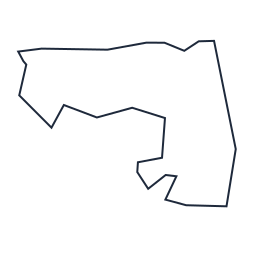 the border of Atua, rotated 175°
{"feature_id": "WSM-4987", "entity_name": "Atua", "entity_type": "state/province", "adm_level": 1, "iso_a3": "WSM", "parent_name": "Samoa", "parent_adm1": "", "projection": "mercator", "projection_center": [-171.556, -13.962], "detail": "fine", "context": "isolated", "style": "outline", "palette": "slate", "viewbox_px": 256, "rotation_deg": 175, "n_neighbors": 0, "source": "natural_earth", "source_scale": "10m", "svg_char_len": 467}
<svg xmlns="http://www.w3.org/2000/svg" viewBox="0 0 256 256"><g transform="rotate(175 128 128)"><path d="M113.2,65.7L122.6,83.3L121.1,93.0L96.7,95.4L90.3,134.7L122.1,147.8L158.1,141.2L189.9,156.5L204.2,135.0L233.5,170.0L223.8,200.0L226.4,203.7L230.7,213.7L207.1,214.6L141.6,207.8L102.5,211.4L84.3,209.8L65.2,200.0L50.0,208.2L34.7,207.3L22.5,97.6L36.7,41.4L76.8,46.0L97.0,53.4L84.0,75.7L94.6,77.9L113.2,65.7Z" fill="none" stroke="#1e293b" stroke-width="2"/></g></svg>